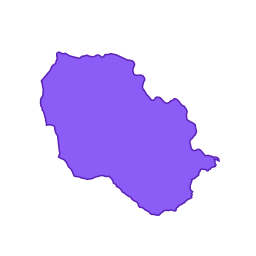 outline of Morro Agudo, São Paulo, Brazil, rotated 162°
{"feature_id": "56859067B75042481865751", "entity_name": "Morro Agudo", "entity_type": "district", "adm_level": 2, "iso_a3": "BRA", "parent_name": "Brazil", "parent_adm1": "São Paulo", "projection": "mercator", "projection_center": [-48.177, -20.691], "detail": "fine", "context": "isolated", "style": "filled", "palette": "violet", "viewbox_px": 256, "rotation_deg": 162, "n_neighbors": 0, "source": "geoboundaries", "source_scale": "gbopen_adm2", "svg_char_len": 4123}
<svg xmlns="http://www.w3.org/2000/svg" viewBox="0 0 256 256"><g transform="rotate(162 128 128)"><path d="M65.4,83.4L66.0,84.7L67.2,85.8L68.5,86.2L71.2,85.7L72.4,86.2L73.2,87.1L74.0,88.3L74.1,90.6L73.7,92.8L73.7,95.1L73.1,96.4L71.8,97.7L70.1,98.3L69.1,98.9L67.8,100.0L66.5,100.5L65.2,101.8L64.1,103.1L63.8,104.3L63.8,106.2L63.1,110.4L64.4,112.2L65.1,113.3L66.3,114.1L67.5,115.6L68.4,116.5L69.1,117.7L69.2,119.1L68.8,120.5L68.6,121.6L68.1,123.1L67.2,124.4L66.7,125.5L66.7,127.7L67.3,129.5L67.7,131.0L69.7,133.0L70.5,134.9L71.0,136.4L71.4,137.7L72.1,139.0L72.7,140.0L73.9,141.2L75.4,141.5L76.5,140.8L78.5,140.6L79.7,140.3L81.1,139.5L82.6,139.4L83.8,139.7L85.0,140.6L85.6,141.8L86.7,143.7L87.4,145.8L88.5,147.3L89.8,147.9L91.1,148.5L92.2,148.4L95.1,146.3L96.7,147.1L97.4,148.2L98.6,151.6L99.8,153.7L100.2,155.1L100.5,156.4L100.7,158.0L101.7,160.5L101.5,163.0L100.9,163.9L99.6,165.9L98.7,167.2L97.1,168.6L97.0,170.8L97.5,172.5L98.6,173.8L99.9,174.5L101.7,175.0L103.2,175.3L104.5,175.9L105.6,176.9L105.9,178.7L105.7,180.7L105.4,182.0L104.7,183.1L103.6,184.2L102.9,185.2L102.0,186.6L102.3,189.3L103.1,190.4L104.6,191.4L105.8,192.2L107.3,192.6L110.2,195.3L111.8,196.8L113.2,198.1L114.7,199.5L117.0,201.5L120.0,203.2L121.3,204.0L124.4,204.0L125.6,204.6L127.4,204.8L129.2,203.3L130.3,203.2L131.2,203.6L131.9,204.7L133.2,206.2L134.5,206.9L136.2,206.8L138.4,206.3L139.8,206.5L141.4,207.6L143.1,208.6L144.5,209.9L146.3,210.0L147.7,210.0L149.2,210.4L150.4,210.3L151.4,209.6L152.6,209.3L153.7,209.9L156.4,211.6L158.2,212.6L159.8,213.8L161.3,214.6L162.4,216.0L163.5,217.1L164.1,218.1L165.2,218.5L166.5,218.4L168.4,219.7L169.6,221.1L170.8,221.5L171.9,221.4L172.9,220.5L173.5,218.6L173.6,216.4L174.6,215.0L175.6,213.8L176.4,212.4L177.4,211.6L179.4,211.0L180.5,210.6L181.7,209.9L182.6,208.6L183.9,207.2L185.0,206.2L187.0,205.1L195.8,199.6L196.0,198.1L195.9,196.9L195.9,195.7L196.3,194.2L196.5,192.5L196.7,190.7L197.3,189.2L197.8,188.2L198.2,186.8L199.0,185.1L200.3,184.0L202.0,182.6L202.7,181.1L203.0,179.7L203.7,178.2L204.0,175.9L203.5,174.5L203.5,173.1L204.1,171.5L203.2,170.0L203.6,162.2L204.0,160.9L204.0,159.1L204.2,157.3L204.7,155.9L203.5,155.8L202.1,155.5L200.7,154.9L199.4,154.2L198.0,153.1L197.4,151.6L198.1,149.0L198.2,145.6L197.8,144.0L197.3,142.4L200.3,128.0L200.4,126.3L200.8,124.8L201.5,123.8L202.4,122.9L203.1,121.9L201.0,119.7L199.1,118.1L198.4,117.2L197.7,115.6L197.2,114.1L196.9,112.7L196.8,111.1L196.6,109.6L195.5,107.5L194.8,106.2L194.6,104.7L194.3,103.2L194.3,101.8L194.1,100.6L194.0,98.9L192.6,98.0L191.5,97.5L190.4,97.0L189.1,96.4L188.3,95.3L187.0,94.4L185.1,93.6L184.0,92.7L182.3,91.6L180.6,91.6L179.5,91.2L178.1,91.0L176.2,91.2L174.2,91.5L172.2,91.3L170.1,91.2L168.1,91.1L167.1,90.7L165.8,90.1L164.4,88.9L162.8,88.3L160.9,87.9L160.2,86.6L159.7,85.5L159.1,84.2L158.7,82.1L158.9,80.1L157.6,78.8L156.6,77.0L157.1,76.0L155.3,74.4L154.4,72.9L153.8,71.9L153.6,70.8L153.2,69.7L152.9,68.5L151.8,67.6L150.9,66.3L150.1,64.8L149.2,63.9L148.6,62.8L147.3,62.2L146.7,60.9L146.3,59.3L145.7,58.3L145.0,57.3L144.2,56.5L143.3,55.7L142.5,54.6L141.8,53.0L142.0,51.4L141.8,50.2L141.4,49.0L140.2,48.5L138.6,47.5L137.7,46.3L137.2,45.1L136.2,44.0L135.1,42.9L134.2,42.2L133.6,40.6L132.9,39.1L132.0,38.4L130.7,38.1L129.6,37.6L128.7,36.7L127.0,36.1L125.5,35.5L124.3,36.1L123.1,36.7L122.0,37.3L120.6,37.5L119.6,38.3L118.3,38.1L116.4,37.6L114.8,36.9L113.2,37.0L111.6,36.4L109.9,35.1L108.6,34.5L107.6,35.1L107.1,36.5L106.0,37.2L104.5,37.6L103.6,38.7L102.3,38.7L100.9,38.7L98.7,39.4L97.4,39.5L95.9,40.4L94.5,41.2L92.8,41.5L91.7,41.7L90.5,41.8L88.9,42.1L88.8,43.9L87.7,44.4L87.9,45.9L86.2,47.5L87.1,48.8L87.9,50.4L87.3,51.4L87.2,53.1L86.0,54.8L84.9,56.5L83.6,57.8L83.5,59.3L81.5,59.3L80.3,59.5L78.7,60.2L76.9,60.8L75.2,61.5L74.6,63.4L73.1,64.3L72.0,66.0L69.9,66.0L68.6,65.2L66.7,64.4L66.1,62.8L65.0,62.6L64.2,63.5L62.4,63.4L61.5,64.3L60.1,64.7L58.1,64.4L56.7,64.6L55.7,65.8L56.4,67.4L55.7,68.8L55.5,70.3L55.5,71.5L53.9,70.7L52.8,69.7L51.6,68.6L51.3,71.0L52.3,72.2L53.2,73.0L54.7,73.6L55.9,73.8L56.8,75.0L58.7,76.1L59.8,77.0L60.8,77.3L62.6,77.5L63.8,79.2L64.2,80.6L64.9,82.2L65.4,83.4Z" fill="#8b5cf6" stroke="#5b21b6" stroke-width="1.5"/></g></svg>